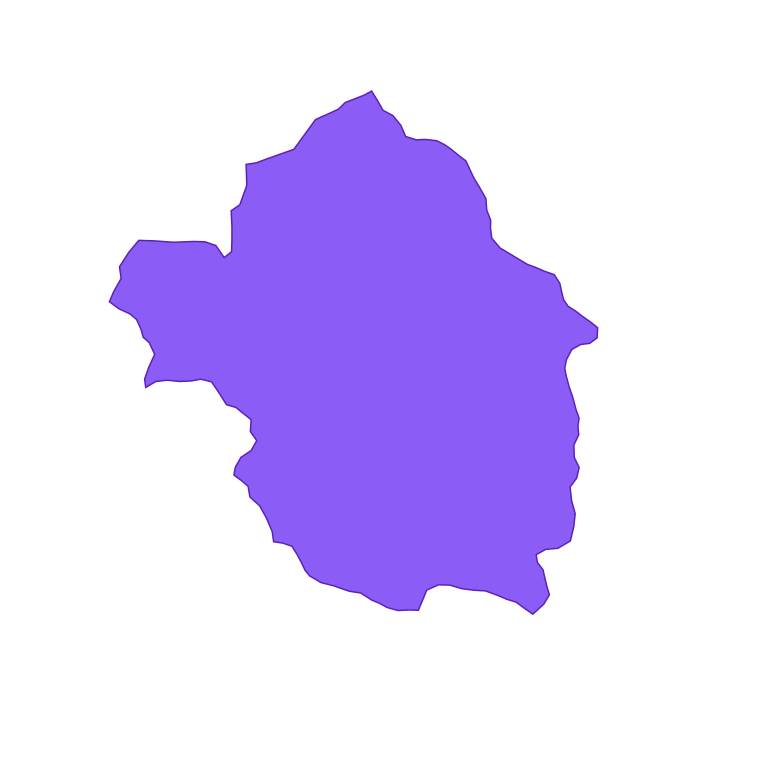 Itamogi, Minas Gerais, Brazil, rotated 65°
{"feature_id": "56859067B20753929477862", "entity_name": "Itamogi", "entity_type": "district", "adm_level": 2, "iso_a3": "BRA", "parent_name": "Brazil", "parent_adm1": "Minas Gerais", "projection": "mercator", "projection_center": [-47.045, -21.076], "detail": "fine", "context": "isolated", "style": "filled", "palette": "violet", "viewbox_px": 768, "rotation_deg": 65, "n_neighbors": 0, "source": "geoboundaries", "source_scale": "gbopen_adm2", "svg_char_len": 2066}
<svg xmlns="http://www.w3.org/2000/svg" viewBox="0 0 768 768"><g transform="rotate(65 384 384)"><path d="M655.5,346.4L651.0,332.1L644.9,323.1L637.2,322.1L628.8,320.4L619.5,318.4L610.5,320.4L603.0,318.2L602.2,307.4L606.4,295.8L605.0,281.4L593.5,272.3L582.3,265.5L569.2,263.3L556.0,258.9L550.6,249.0L542.1,242.4L530.9,242.6L519.6,237.7L512.3,229.0L504.1,226.0L497.3,221.6L488.4,220.8L476.2,218.6L464.9,217.4L454.0,215.5L446.0,213.5L439.0,208.3L432.1,199.2L431.3,189.0L434.1,180.4L432.2,171.3L423.3,166.6L414.4,171.0L407.0,175.3L398.7,179.6L391.4,184.3L383.5,185.6L375.2,184.0L367.1,182.1L356.9,183.5L348.8,191.7L341.9,197.8L336.2,203.5L326.6,210.0L318.4,215.5L309.9,221.3L297.5,224.7L287.7,221.6L280.7,218.1L269.9,217.4L259.0,213.3L245.3,214.4L235.2,215.5L225.9,215.5L216.4,215.5L208.1,219.9L199.9,223.8L192.6,228.0L185.8,233.4L179.7,243.4L176.4,251.5L168.8,259.8L156.7,259.4L144.5,262.5L135.6,269.2L124.7,270.1L113.3,271.4L113.8,280.1L112.5,300.2L115.7,309.3L115.4,334.3L133.2,366.5L130.4,395.9L129.6,406.2L126.7,416.2L136.0,420.1L146.1,424.5L160.6,438.9L162.4,449.3L176.9,455.2L189.3,461.0L199.6,466.2L201.9,475.4L187.4,477.9L179.4,486.2L174.5,496.0L166.5,515.1L157.5,531.1L150.2,545.5L156.7,559.5L166.0,574.2L177.2,577.6L186.2,590.1L193.4,598.1L203.7,592.5L213.3,584.5L221.0,581.0L231.4,581.1L239.9,582.5L247.2,579.3L260.2,579.3L269.6,590.3L278.4,598.9L286.4,601.4L285.3,589.8L288.9,579.0L295.4,568.0L299.8,557.3L302.2,548.0L309.1,539.4L322.8,537.2L336.2,535.5L342.7,528.1L350.4,524.4L360.2,519.5L370.6,525.2L381.6,523.3L388.1,532.5L390.0,544.6L396.5,553.8L403.1,558.5L410.8,554.3L419.3,550.4L429.7,553.3L441.9,548.2L455.6,547.2L470.5,547.7L480.3,550.7L485.2,543.3L492.1,536.0L503.0,534.7L511.8,534.3L519.3,534.3L526.5,532.5L537.4,525.0L545.4,515.1L551.4,509.0L557.1,503.1L563.6,493.4L574.6,486.5L580.7,480.9L587.8,475.7L595.2,467.1L599.7,456.1L603.6,448.5L597.6,441.9L588.8,432.3L589.1,419.4L594.0,409.5L602.5,399.8L609.3,389.0L614.3,379.6L622.8,371.1L630.9,363.8L637.6,356.4L645.8,352.0L655.5,346.4Z" fill="#8b5cf6" stroke="#5b21b6" stroke-width="1.5"/></g></svg>